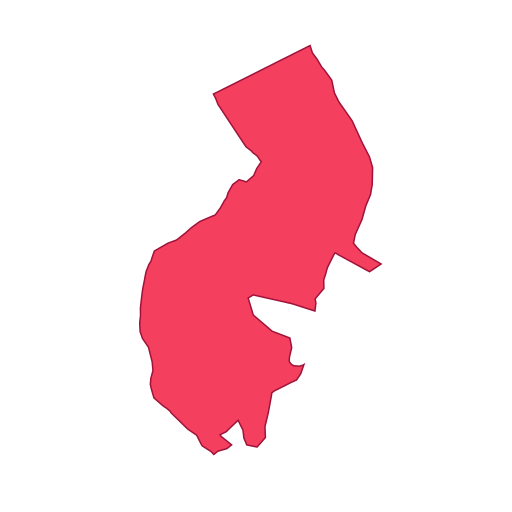 Ohaji/Egbema, Imo, Nigeria, rotated 55°
{"feature_id": "59680162B99262810585367", "entity_name": "Ohaji/Egbema", "entity_type": "district", "adm_level": 2, "iso_a3": "NGA", "parent_name": "Nigeria", "parent_adm1": "Imo", "projection": "mercator", "projection_center": [6.865, 5.422], "detail": "fine", "context": "isolated", "style": "filled", "palette": "rose", "viewbox_px": 512, "rotation_deg": 55, "n_neighbors": 0, "source": "geoboundaries", "source_scale": "gbopen_adm2", "svg_char_len": 2116}
<svg xmlns="http://www.w3.org/2000/svg" viewBox="0 0 512 512"><g transform="rotate(55 256 256)"><path d="M242.8,388.5L244.2,389.7L249.1,392.8L251.4,394.3L254.0,395.0L256.8,395.8L258.6,396.3L269.1,396.4L283.2,401.8L290.7,406.1L293.9,409.9L295.8,412.2L300.4,416.1L303.6,417.5L306.1,418.4L308.7,419.3L313.7,421.0L324.7,418.3L327.7,417.3L329.6,416.5L332.0,415.9L333.9,415.4L334.4,415.4L335.7,415.5L338.4,415.0L341.7,414.4L345.8,413.6L346.7,413.4L349.2,413.0L352.2,412.4L354.5,412.0L356.6,411.6L358.9,411.1L361.6,410.1L363.4,409.4L365.4,408.7L368.7,407.4L371.7,407.8L374.1,408.2L375.9,408.4L377.7,408.7L380.6,409.0L384.0,407.6L386.0,406.8L390.3,405.0L392.3,404.7L394.4,404.4L394.0,399.3L397.1,390.3L396.7,384.3L383.9,388.0L381.8,388.0L382.9,380.9L382.4,378.8L380.3,364.9L391.3,366.6L398.1,370.3L405.5,371.9L413.1,364.7L410.1,352.4L401.0,346.6L391.6,336.0L379.3,323.5L377.2,321.6L377.0,318.6L379.7,299.9L380.8,294.0L378.2,287.0L372.4,279.0L372.3,280.2L371.2,283.6L367.6,288.0L364.9,289.2L361.6,289.3L359.3,287.7L356.8,285.3L355.1,283.3L351.5,279.3L342.6,275.3L326.9,285.9L302.8,292.1L285.9,286.5L286.3,280.6L315.7,253.9L334.9,239.3L329.0,234.0L325.0,232.1L321.5,219.0L314.4,214.2L310.9,209.5L307.6,205.6L306.2,203.7L298.8,190.0L299.6,188.9L302.3,187.8L334.0,172.0L334.3,158.1L314.3,167.3L306.3,168.5L301.4,168.8L295.3,162.3L286.8,148.1L278.0,137.4L271.4,127.0L264.0,119.7L250.5,109.8L239.9,106.2L224.6,104.1L200.4,99.7L177.2,99.7L167.3,98.2L155.4,93.1L143.1,93.3L139.2,93.8L130.2,93.1L122.0,93.3L114.6,91.0L109.4,126.3L108.9,129.9L103.1,169.6L98.9,198.0L104.1,198.7L110.0,200.2L158.1,201.5L161.0,201.5L164.5,200.4L166.5,199.7L170.2,199.2L172.5,198.3L175.3,197.6L178.0,197.7L179.8,197.8L181.8,197.5L184.8,205.3L188.8,211.8L189.8,221.3L183.8,226.1L184.1,234.1L185.5,237.0L188.1,242.5L191.5,246.8L192.5,250.1L196.1,257.4L199.0,265.8L197.4,273.0L195.5,282.4L195.7,292.6L196.7,301.0L197.3,312.0L195.0,320.7L193.6,336.4L198.1,342.6L200.0,345.0L201.5,348.6L205.7,354.9L208.2,357.6L211.2,360.6L218.2,367.9L223.8,373.0L224.9,374.0L232.3,380.5L238.6,384.8L242.8,388.5Z" fill="#f43f5e" stroke="#9f1239" stroke-width="1.5"/></g></svg>